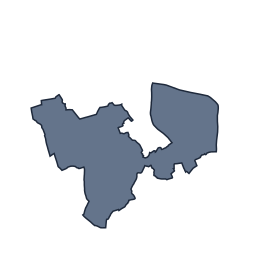 Long Ho, Vĩnh Long, Vietnam, rotated 55°
{"feature_id": "81297802B86807381296423", "entity_name": "Long Ho", "entity_type": "district", "adm_level": 2, "iso_a3": "VNM", "parent_name": "Vietnam", "parent_adm1": "Vĩnh Long", "projection": "mercator", "projection_center": [105.971, 10.232], "detail": "fine", "context": "isolated", "style": "filled", "palette": "slate", "viewbox_px": 256, "rotation_deg": 55, "n_neighbors": 0, "source": "geoboundaries", "source_scale": "gbopen_adm2", "svg_char_len": 5949}
<svg xmlns="http://www.w3.org/2000/svg" viewBox="0 0 256 256"><g transform="rotate(55 128 128)"><path d="M105.3,81.9L106.4,83.5L107.2,84.4L109.2,86.1L109.8,86.6L112.7,88.4L116.2,90.8L119.2,93.1L120.5,94.3L121.5,95.0L125.6,98.4L127.3,100.0L128.5,101.0L129.8,101.8L130.5,102.1L131.8,102.5L135.0,103.9L137.0,104.6L139.6,105.2L140.4,105.2L141.3,105.1L141.8,105.0L144.4,104.6L146.1,104.3L152.7,102.1L154.0,101.8L158.5,100.8L159.2,100.7L159.8,100.7L163.0,100.5L163.7,100.5L165.3,100.4L165.3,104.6L165.4,105.0L165.8,105.6L165.7,106.7L165.7,107.5L165.9,108.4L165.5,109.6L165.3,111.4L165.1,112.3L164.8,112.8L163.5,112.5L163.1,112.4L162.9,112.5L162.6,112.7L162.2,113.2L161.9,113.8L161.7,114.5L161.7,115.0L161.8,115.2L162.1,115.8L163.0,117.9L163.2,118.3L163.4,118.9L163.4,119.4L162.7,119.0L162.4,119.0L162.1,119.1L161.6,119.8L161.5,120.0L161.5,120.3L161.5,123.3L161.2,123.8L160.5,124.3L161.0,124.9L161.5,125.3L161.9,125.8L162.4,126.7L162.7,127.6L162.9,128.4L163.0,128.9L162.8,129.5L162.5,130.9L162.1,131.3L161.6,131.6L160.9,132.0L160.3,132.4L159.6,131.2L158.2,131.6L157.8,131.0L156.0,131.3L155.7,131.2L155.4,130.8L155.0,129.5L154.7,129.0L154.2,128.9L150.3,128.3L149.0,128.1L147.9,128.1L144.7,129.0L142.7,129.2L142.2,129.4L141.9,129.7L141.1,130.6L140.9,131.0L140.5,131.4L136.9,132.0L135.4,132.4L134.9,132.3L134.7,132.1L134.5,131.5L134.3,131.3L134.1,131.2L131.6,130.6L130.8,132.0L130.7,132.5L130.5,134.2L130.3,134.6L129.9,135.1L128.8,135.9L128.3,136.6L128.0,137.4L122.3,136.0L122.1,135.9L122.1,135.6L122.3,134.7L122.6,134.1L123.2,131.8L123.2,130.8L122.1,130.5L121.8,130.4L121.6,130.2L121.5,129.7L121.7,129.0L121.7,128.6L120.9,128.5L120.0,127.1L119.9,126.6L119.8,122.7L119.9,122.0L124.2,121.4L124.4,121.3L124.5,120.5L124.3,119.4L119.9,119.9L116.9,119.8L116.3,119.7L115.0,119.3L114.1,119.3L113.0,119.6L112.6,119.9L111.5,120.4L111.0,120.4L106.3,120.3L105.8,120.1L104.9,119.5L104.8,120.4L104.2,122.0L102.8,124.5L102.0,125.7L101.5,126.1L101.3,126.2L98.1,126.5L98.0,127.3L97.8,127.9L97.3,128.4L97.2,128.7L97.2,128.9L97.3,129.6L97.5,130.5L97.8,131.0L98.2,131.4L98.4,131.8L98.4,132.1L97.2,135.1L95.8,138.0L95.1,139.1L95.6,140.5L97.0,143.3L98.7,146.1L98.2,147.5L95.8,154.5L94.8,157.2L94.1,159.3L93.0,162.3L92.8,162.4L91.1,162.6L81.1,163.2L79.8,164.9L79.3,165.5L77.6,168.4L76.5,167.6L75.9,167.3L74.6,167.1L73.9,166.9L73.2,166.4L72.5,165.7L72.2,165.6L72.1,165.9L71.8,166.3L70.1,167.1L69.7,167.2L69.0,167.0L68.3,166.5L67.6,165.8L67.1,165.6L66.1,165.5L61.2,165.3L61.1,165.5L61.1,167.3L61.1,169.0L61.2,169.3L61.3,169.6L61.8,170.3L61.7,171.0L61.4,171.5L59.9,174.8L56.6,181.5L55.8,183.3L59.4,185.4L59.1,185.8L56.1,195.9L59.5,197.6L63.9,199.5L66.1,200.6L67.7,200.0L68.3,199.9L68.9,199.4L69.9,199.2L71.1,199.2L71.6,199.1L72.0,199.0L73.9,198.0L74.3,197.8L75.2,197.5L75.9,197.4L76.6,197.4L78.1,198.3L78.8,198.4L80.6,198.4L81.6,198.7L85.6,199.7L86.1,200.1L86.4,200.7L88.2,201.2L89.2,201.5L92.5,203.1L94.7,204.0L96.9,204.7L99.9,205.8L104.1,207.2L106.4,208.0L106.4,204.7L106.5,203.1L109.8,204.2L114.8,205.7L117.7,206.7L119.0,207.2L119.3,207.3L119.9,207.3L120.5,207.2L121.3,206.9L123.8,206.5L124.8,206.4L125.7,202.4L125.8,201.2L125.6,199.5L126.5,196.7L127.8,194.7L128.7,193.9L128.9,193.5L129.2,193.4L129.5,193.1L130.7,192.9L131.1,192.7L131.6,192.4L132.1,191.7L132.9,191.6L133.1,191.4L133.5,190.5L134.7,186.6L136.2,187.0L137.2,187.5L138.3,188.3L140.0,189.6L140.7,190.1L142.0,191.2L145.3,193.8L146.8,194.5L149.8,196.6L153.0,198.5L153.9,199.2L155.0,199.8L157.0,200.7L157.9,201.0L159.4,201.4L162.1,202.4L162.9,202.4L163.7,202.3L164.7,202.1L165.7,202.0L167.3,205.0L167.6,205.4L169.3,208.7L171.3,211.3L173.2,213.4L173.3,214.9L175.3,214.7L177.9,214.1L183.4,212.5L186.8,211.8L188.9,211.2L189.2,210.6L189.7,210.2L190.6,209.5L191.1,209.2L193.9,207.7L194.8,206.6L196.9,203.5L191.6,199.0L190.7,198.0L190.6,197.6L191.1,196.9L191.2,196.5L191.1,196.1L190.9,195.7L189.9,194.0L189.7,193.3L189.2,192.4L188.6,191.5L188.0,189.5L187.6,188.0L189.3,182.6L190.4,182.8L190.4,179.3L190.7,176.3L190.7,175.7L189.7,173.5L189.6,172.9L189.5,171.7L189.4,171.2L188.9,170.9L188.8,169.8L187.7,168.9L188.7,166.2L189.3,165.1L189.8,163.8L189.9,163.4L189.9,162.9L189.8,162.6L189.1,162.3L187.5,162.0L185.7,162.0L184.7,162.3L183.8,162.4L183.2,162.3L182.2,161.3L181.6,161.0L180.0,160.7L179.7,160.5L178.5,158.6L177.4,156.4L177.1,155.4L176.2,153.9L175.4,152.1L174.4,150.2L173.4,149.1L172.9,148.6L171.1,147.4L170.4,146.5L170.4,145.9L170.5,145.4L170.8,145.0L172.1,143.5L172.2,143.1L172.2,142.6L172.2,142.3L171.7,141.2L169.7,137.7L168.9,136.3L168.5,135.8L170.0,134.6L170.2,134.3L170.4,134.1L171.5,133.4L171.6,133.0L171.5,131.3L171.7,130.6L171.9,130.5L173.1,131.1L173.9,131.0L174.2,131.1L174.4,131.3L174.6,131.3L174.9,131.2L175.4,130.7L175.7,130.6L176.6,130.7L176.9,130.6L177.2,130.5L177.5,130.5L178.0,130.9L179.0,132.1L179.8,132.6L180.4,132.9L180.7,133.1L181.3,133.8L181.5,133.9L182.0,133.9L183.0,133.2L184.1,133.1L184.5,133.0L184.9,132.7L185.4,132.7L185.8,132.8L188.3,130.5L189.2,129.5L190.9,127.0L191.4,126.3L192.3,126.0L192.5,125.9L192.7,125.5L192.9,124.5L194.3,120.4L194.2,120.1L193.3,119.7L190.9,119.2L190.2,119.0L189.8,114.6L189.7,114.5L188.4,114.4L188.1,114.1L188.0,113.7L187.9,113.7L187.4,113.9L187.5,113.5L187.4,113.3L184.6,111.4L184.1,110.8L184.0,110.5L185.5,108.0L186.0,106.9L187.5,104.0L189.1,104.4L192.7,105.3L194.4,105.5L195.4,105.8L197.1,106.0L196.9,105.4L197.2,104.9L197.5,104.8L200.2,104.1L199.2,100.9L198.3,97.7L198.4,93.2L195.8,92.6L195.0,92.3L194.1,92.2L193.1,92.1L192.9,91.8L192.6,90.9L193.3,87.9L193.6,85.7L193.5,85.4L193.1,85.2L192.9,84.9L192.8,84.0L192.5,82.9L192.8,82.3L193.3,81.0L193.3,80.3L193.2,80.0L194.1,79.8L194.4,79.6L194.3,78.8L193.8,77.4L194.2,76.6L194.3,75.7L195.3,73.5L198.1,69.3L196.0,67.6L192.5,65.4L188.8,62.4L182.7,56.9L178.4,53.7L173.9,51.0L169.0,47.6L166.8,45.4L163.6,42.7L161.7,41.5L160.6,41.1L159.5,41.1L156.6,41.4L150.3,43.0L147.5,44.2L141.7,49.6L134.8,56.3L126.3,64.0L114.8,72.0L113.0,73.7L108.0,79.1L105.9,81.4L105.3,81.9Z" fill="#64748b" stroke="#1e293b" stroke-width="1.5"/></g></svg>